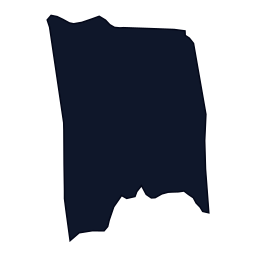 outline of São Benedito do Sul, Pernambuco, Brazil
{"feature_id": "56859067B38908214593932", "entity_name": "São Benedito do Sul", "entity_type": "district", "adm_level": 2, "iso_a3": "BRA", "parent_name": "Brazil", "parent_adm1": "Pernambuco", "projection": "natural_earth1", "projection_center": [-35.906, -8.816], "detail": "fine", "context": "isolated", "style": "filled", "palette": "ink", "viewbox_px": 256, "rotation_deg": 0, "n_neighbors": 0, "source": "geoboundaries", "source_scale": "gbopen_adm2", "svg_char_len": 796}
<svg xmlns="http://www.w3.org/2000/svg" viewBox="0 0 256 256"><path d="M185.0,30.9L174.2,29.5L150.3,28.6L123.6,27.7L119.8,27.9L114.5,27.4L109.8,24.7L105.5,20.1L99.2,16.3L91.5,19.1L81.8,22.4L73.6,23.8L69.3,22.9L62.7,19.3L57.1,16.6L51.1,15.4L47.2,19.9L49.6,27.1L57.8,82.7L63.7,122.6L63.9,130.1L64.1,164.6L64.5,191.1L64.5,198.6L65.9,209.7L70.1,240.6L79.1,232.8L88.5,231.3L92.4,230.7L104.1,230.8L107.7,226.5L109.2,220.1L113.7,206.9L121.6,195.5L126.7,198.4L135.0,196.5L136.8,191.6L141.5,185.6L146.2,194.4L151.3,197.9L155.1,197.7L161.8,193.9L168.1,192.2L171.9,192.0L178.4,191.8L184.0,191.0L188.4,194.4L193.3,197.7L196.2,203.1L200.1,207.1L202.7,211.4L208.8,212.8L205.5,168.9L204.7,140.7L205.9,114.3L193.5,43.4L189.3,38.1L185.2,35.4L185.0,30.9Z" fill="#0f172a" stroke="#020617" stroke-width="1.5"/></svg>